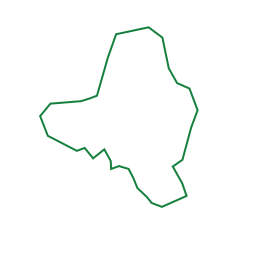 Bukhara city, Bukhoro, Uzbekistan, rotated 151°
{"feature_id": "79887680B41570808134522", "entity_name": "Bukhara city", "entity_type": "district", "adm_level": 2, "iso_a3": "UZB", "parent_name": "Uzbekistan", "parent_adm1": "Bukhoro", "projection": "equal_earth", "projection_center": [64.424, 39.709], "detail": "fine", "context": "isolated", "style": "outline", "palette": "green", "viewbox_px": 256, "rotation_deg": 151, "n_neighbors": 0, "source": "geoboundaries", "source_scale": "gbopen_adm2", "svg_char_len": 553}
<svg xmlns="http://www.w3.org/2000/svg" viewBox="0 0 256 256"><g transform="rotate(151 128 128)"><path d="M199.1,181.0L201.9,160.0L183.8,132.8L175.6,131.6L173.2,118.4L159.1,120.8L159.1,107.5L162.6,100.3L154.4,99.1L147.3,91.9L147.6,81.2L148.9,71.0L144.9,58.2L143.7,51.0L136.6,42.6L109.7,40.2L107.4,53.4L107.5,72.6L95.8,73.8L72.5,97.8L58.5,109.8L55.1,132.7L63.3,143.5L63.4,160.4L54.1,190.4L61.2,206.1L92.9,215.8L111.5,199.3L139.5,171.3L147.6,172.5L156.2,174.3L167.3,179.3L184.0,186.9L199.1,181.0Z" fill="none" stroke="#15803d" stroke-width="2"/></g></svg>